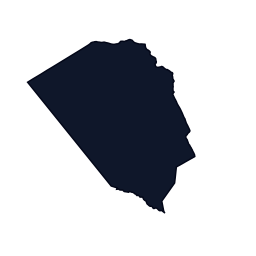 Ayoquezco de Aldama, Oaxaca, Mexico, rotated 331°
{"feature_id": "50627088B77614818839858", "entity_name": "Ayoquezco de Aldama", "entity_type": "district", "adm_level": 2, "iso_a3": "MEX", "parent_name": "Mexico", "parent_adm1": "Oaxaca", "projection": "equal_earth", "projection_center": [-96.857, 16.668], "detail": "fine", "context": "isolated", "style": "filled", "palette": "ink", "viewbox_px": 256, "rotation_deg": 331, "n_neighbors": 0, "source": "geoboundaries", "source_scale": "gbopen_adm2", "svg_char_len": 4845}
<svg xmlns="http://www.w3.org/2000/svg" viewBox="0 0 256 256"><g transform="rotate(331 128 128)"><path d="M183.5,63.1L182.9,62.6L181.9,62.0L181.2,61.5L180.4,61.0L180.3,60.9L179.3,60.4L178.7,60.1L177.9,59.5L177.6,59.0L177.1,58.7L176.5,58.0L175.9,57.4L175.3,56.7L174.9,56.1L174.7,55.5L174.5,54.9L174.3,54.1L174.1,53.2L172.6,51.6L171.9,51.3L171.1,51.2L170.4,51.1L169.6,51.1L168.6,50.9L168.1,50.7L167.3,50.7L166.4,50.4L165.9,50.0L165.7,49.7L164.9,49.3L163.8,48.7L163.1,48.8L162.4,49.1L161.7,49.7L161.4,49.7L160.7,49.3L160.0,49.4L159.0,49.2L158.8,48.9L157.8,48.6L156.6,48.2L155.7,47.7L155.0,47.2L154.0,46.4L153.1,45.5L152.4,44.7L151.8,44.1L151.0,43.4L150.3,42.8L149.5,42.0L148.7,41.3L147.1,40.7L146.2,40.3L145.4,39.7L144.7,39.1L143.8,38.5L143.2,38.1L142.5,37.4L141.9,36.9L141.2,36.7L140.6,36.4L139.7,36.2L138.9,35.9L138.1,35.7L137.5,35.6L136.7,35.6L136.2,35.8L135.6,36.0L135.1,36.0L134.1,36.2L124.4,36.7L117.2,37.0L91.8,38.1L85.1,38.3L78.2,38.7L68.4,39.0L66.7,39.1L62.4,39.3L85.2,170.6L89.5,175.1L88.4,176.1L90.1,176.8L90.8,178.1L91.1,178.4L92.4,179.2L93.0,179.3L93.3,179.6L93.5,180.6L93.9,181.7L97.5,184.5L98.5,184.1L100.1,185.9L100.8,186.4L101.1,186.7L101.9,188.2L102.2,189.1L102.9,189.8L102.9,190.0L102.9,190.7L103.2,191.5L104.0,191.5L104.5,191.9L104.5,192.2L104.9,192.7L104.9,193.1L104.9,193.8L105.1,194.3L106.3,194.9L106.4,195.0L107.4,195.7L107.2,196.8L107.1,197.9L107.5,199.2L108.4,200.9L108.0,202.5L108.0,204.0L108.4,204.8L108.8,206.1L109.4,207.2L110.3,207.6L110.8,208.0L111.0,208.7L111.1,209.7L111.1,210.3L111.6,211.0L113.1,211.3L113.6,211.3L114.0,211.7L114.6,212.8L115.0,214.6L115.4,215.4L115.8,215.8L116.0,215.9L117.4,216.4L118.8,219.6L118.9,220.4L118.9,218.9L119.0,218.1L119.1,217.5L122.1,208.3L142.1,198.7L145.8,193.5L151.4,185.5L162.5,185.4L172.6,185.3L172.8,184.8L173.0,184.2L173.2,183.7L173.3,183.0L173.3,182.4L173.4,181.6L173.4,180.9L173.4,180.2L173.4,179.3L173.6,178.5L173.5,177.5L173.6,176.7L173.6,175.6L173.5,174.8L173.5,174.0L173.6,172.9L173.3,172.0L173.3,171.2L173.4,170.6L173.5,170.1L173.7,169.0L173.7,168.3L174.0,167.5L174.0,166.7L173.9,165.9L173.8,165.1L174.0,164.3L174.4,163.5L175.0,162.9L175.6,162.7L176.1,162.6L176.7,162.4L177.2,162.0L177.6,161.8L178.2,161.6L178.7,161.4L178.9,161.4L179.6,161.3L180.6,160.7L180.9,160.2L181.0,159.1L181.1,158.1L181.2,156.0L181.3,154.9L181.3,153.4L181.4,151.4L181.6,150.6L181.9,148.8L182.2,147.7L182.1,146.3L182.2,144.8L182.3,144.0L182.4,143.1L182.6,141.5L182.7,140.0L182.8,138.4L182.9,136.9L182.9,134.8L182.8,132.8L182.8,131.3L182.8,130.4L183.1,128.3L183.1,127.3L183.2,125.9L183.1,125.0L183.2,124.3L183.2,124.2L183.2,123.7L183.2,123.4L183.3,122.8L183.3,122.7L183.3,122.0L183.4,121.7L183.5,120.1L183.4,119.8L183.6,119.7L183.8,119.6L184.0,119.6L184.3,119.5L184.5,119.5L184.6,119.4L184.8,119.3L184.9,119.2L185.0,119.1L185.3,119.0L185.5,119.0L185.7,118.9L185.6,118.6L185.5,118.3L185.5,118.2L185.4,118.0L185.4,117.8L185.5,117.4L185.5,117.2L185.6,116.7L185.8,116.5L185.9,116.3L186.0,116.1L186.1,115.9L186.2,115.6L186.4,115.4L186.5,115.1L186.6,114.8L186.8,114.6L187.0,114.3L187.2,114.1L187.3,114.1L187.5,113.8L187.6,113.6L187.6,113.4L187.8,113.1L187.9,112.9L188.0,112.5L188.1,112.3L188.3,112.1L188.4,111.8L188.6,111.5L188.7,111.1L188.8,110.9L189.0,110.7L189.5,110.3L189.7,110.1L189.9,109.9L190.2,109.8L190.5,109.7L190.8,109.5L190.9,109.4L191.0,109.3L191.0,109.1L191.0,108.9L191.1,108.7L191.1,108.3L191.0,107.9L191.1,107.2L191.0,106.9L191.0,106.7L191.1,106.4L191.3,106.0L191.4,105.7L191.5,105.6L191.7,105.3L191.8,105.1L191.9,104.8L191.9,104.6L191.9,104.2L192.0,103.9L192.1,103.7L192.5,103.2L192.8,102.8L193.0,102.6L193.3,102.4L193.5,102.1L193.5,101.9L193.6,101.6L193.6,101.3L193.5,101.0L193.3,100.7L193.1,100.4L192.9,100.3L192.6,100.1L192.5,99.9L192.3,99.8L192.3,99.7L192.3,99.1L192.2,98.8L192.1,98.5L192.0,98.2L191.9,98.1L191.8,97.9L191.6,97.5L191.3,97.0L191.0,96.5L190.9,96.2L190.7,96.0L190.6,95.9L190.4,95.8L190.2,95.7L189.9,95.5L189.7,95.2L189.5,94.9L189.3,94.5L189.0,94.1L188.9,93.8L188.8,93.5L188.7,93.4L188.6,92.9L188.4,92.2L188.2,91.7L188.0,91.3L187.7,91.0L187.6,90.8L187.4,90.6L187.2,90.5L186.9,90.4L186.7,90.4L186.4,90.4L186.2,90.4L185.8,90.3L185.5,90.2L185.3,90.1L185.0,90.0L184.9,89.9L184.7,89.9L184.3,89.8L184.1,89.7L183.8,89.5L183.5,89.4L183.2,89.2L182.8,88.9L182.6,88.7L182.4,88.3L182.2,88.1L182.1,87.7L182.1,87.4L182.1,87.1L182.1,86.9L182.2,86.7L182.3,86.5L182.4,86.4L182.5,86.1L182.5,85.7L182.6,85.4L182.6,85.2L182.8,84.9L183.0,84.8L183.0,84.7L183.4,84.6L183.6,84.6L183.8,84.7L184.0,84.8L184.2,84.7L184.3,84.6L184.5,84.3L184.5,84.1L184.6,83.9L184.9,83.7L185.0,83.5L185.0,83.2L185.2,82.3L185.6,81.3L185.8,80.9L185.7,79.8L185.4,79.1L184.6,78.1L183.8,76.8L183.3,76.1L183.0,74.9L182.9,74.2L183.3,73.4L183.9,72.8L184.2,72.1L184.1,71.4L183.8,70.6L183.5,69.8L182.8,69.0L182.4,67.7L182.4,66.2L182.6,65.5L182.8,64.9L183.5,63.1Z" fill="#0f172a" stroke="#020617" stroke-width="1.5"/></g></svg>